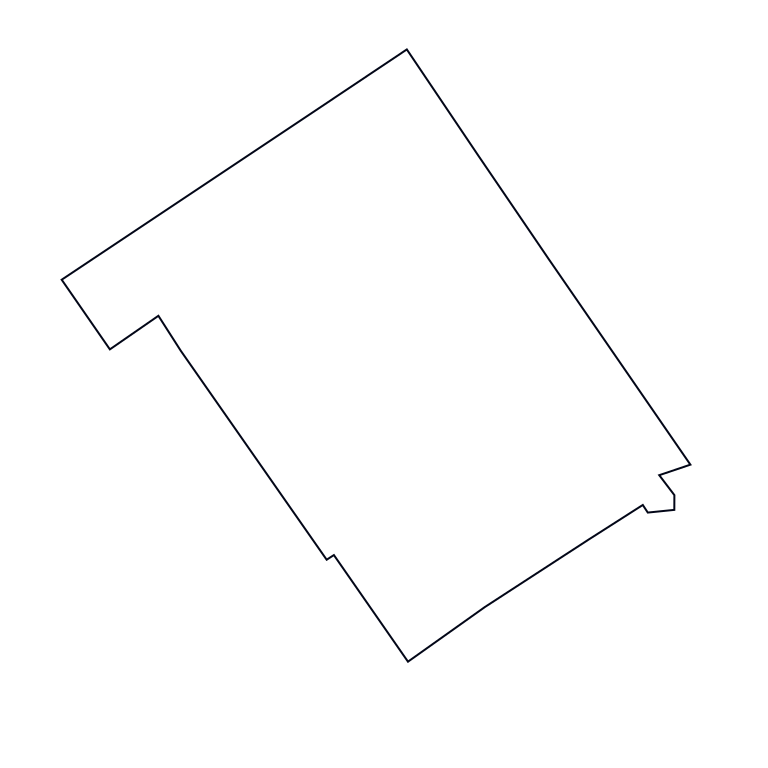 Monroe, Indiana, United States of America, rotated 146°
{"feature_id": "52423323B82693646603832", "entity_name": "Monroe", "entity_type": "district", "adm_level": 2, "iso_a3": "USA", "parent_name": "United States of America", "parent_adm1": "Indiana", "projection": "albers", "projection_center": [-86.52, 39.173], "detail": "fine", "context": "isolated", "style": "outline", "palette": "ink", "viewbox_px": 768, "rotation_deg": 146, "n_neighbors": 0, "source": "geoboundaries", "source_scale": "gbopen_adm2", "svg_char_len": 406}
<svg xmlns="http://www.w3.org/2000/svg" viewBox="0 0 768 768"><g transform="rotate(146 384 384)"><path d="M591.9,566.0L532.9,566.7L533.9,525.1L529.8,270.4L521.2,270.2L519.4,140.4L425.2,142.7L301.1,140.6L237.1,139.0L237.2,129.9L213.7,117.3L205.4,129.5L206.8,154.5L175.1,145.8L177.6,395.0L178.1,520.6L178.0,648.6L301.7,649.1L592.9,650.7L591.9,566.0Z" fill="none" stroke="#020617" stroke-width="2"/></g></svg>